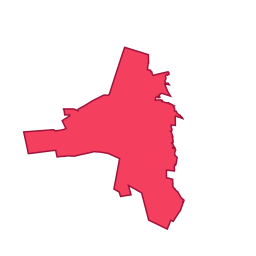 Alexandria, Teleorman, Romania, rotated 31°
{"feature_id": "2599482B3696465031488", "entity_name": "Alexandria", "entity_type": "district", "adm_level": 2, "iso_a3": "ROU", "parent_name": "Romania", "parent_adm1": "Teleorman", "projection": "robinson", "projection_center": [25.389, 43.982], "detail": "fine", "context": "isolated", "style": "filled", "palette": "rose", "viewbox_px": 256, "rotation_deg": 31, "n_neighbors": 0, "source": "geoboundaries", "source_scale": "gbopen_adm2", "svg_char_len": 3263}
<svg xmlns="http://www.w3.org/2000/svg" viewBox="0 0 256 256"><g transform="rotate(31 128 128)"><path d="M40.6,185.1L46.1,190.9L50.0,195.0L55.8,201.3L64.1,194.8L73.2,187.6L75.3,186.0L77.1,184.7L77.5,184.4L82.1,189.3L85.3,186.9L89.5,183.9L91.1,182.6L92.8,181.8L96.6,179.7L101.9,174.5L107.1,169.7L111.2,165.6L112.9,164.9L116.2,163.1L123.5,160.2L125.7,159.8L130.7,159.2L136.6,158.5L137.2,160.2L147.4,187.6L153.4,187.4L156.9,190.5L165.0,183.7L158.0,177.0L171.8,176.6L173.1,176.6L193.2,196.3L213.7,194.4L213.7,194.2L213.7,193.8L213.3,192.2L213.2,191.3L213.0,189.7L212.7,188.2L212.4,186.4L212.2,185.1L214.8,184.8L214.9,182.7L214.9,180.5L215.0,178.2L215.2,173.9L215.4,171.7L215.3,171.1L215.0,169.9L214.8,169.2L214.6,168.0L214.1,165.5L213.9,164.5L213.7,163.4L213.7,163.0L213.6,162.9L213.4,163.0L213.1,163.1L212.9,163.1L212.8,162.9L213.2,162.8L213.4,162.6L213.6,162.5L213.4,161.9L213.3,161.2L213.2,161.1L213.0,160.9L212.8,160.9L212.5,160.8L212.1,160.8L211.5,160.7L210.0,160.5L209.6,160.4L209.4,160.3L208.5,159.8L207.6,159.4L207.1,159.1L206.6,158.8L206.3,158.7L204.6,157.7L204.4,157.6L204.1,157.5L204.0,157.4L203.9,157.2L203.2,157.1L202.0,156.8L201.0,156.7L199.9,156.5L199.9,156.1L198.1,155.7L196.7,155.3L194.8,152.0L193.4,150.3L192.8,149.0L190.8,149.5L188.8,150.0L186.7,150.9L182.7,144.4L185.4,143.0L187.6,142.0L189.9,141.0L189.7,140.5L189.4,140.0L189.3,139.5L189.0,139.2L188.6,139.1L188.4,138.6L187.4,136.8L187.4,136.3L187.7,135.6L186.4,135.3L187.7,135.0L187.8,134.4L187.7,134.1L186.7,131.3L186.2,130.2L185.9,129.6L185.3,127.9L183.4,127.5L182.5,127.2L181.7,126.6L181.1,125.8L180.7,124.8L180.2,123.1L180.3,122.8L180.0,122.1L179.1,121.5L176.6,122.1L176.4,121.8L177.9,120.6L176.8,120.2L175.8,119.5L174.6,118.9L173.9,118.3L172.6,118.5L174.2,117.3L173.1,115.6L172.4,115.0L171.2,113.0L170.8,113.2L170.7,113.0L171.0,112.8L170.9,112.3L170.5,111.9L166.6,108.8L166.1,109.0L166.0,108.7L167.0,108.2L166.9,107.9L166.4,106.4L165.4,105.9L163.4,103.2L167.3,101.4L164.9,97.5L163.0,94.5L162.5,93.4L166.1,92.5L167.6,92.1L170.1,91.7L169.4,91.2L167.3,90.8L166.3,90.3L165.9,90.2L165.0,90.6L162.4,89.9L162.2,89.8L160.7,88.8L159.9,89.0L159.5,89.5L158.9,89.4L158.5,88.8L158.3,87.7L157.9,87.3L157.6,86.9L156.6,86.7L156.3,86.6L156.1,86.4L155.9,85.8L156.3,85.2L151.7,85.4L151.4,86.0L151.1,86.0L150.4,85.5L149.4,85.5L148.5,86.5L146.7,87.0L143.2,87.9L143.2,86.7L141.8,86.9L137.0,90.0L136.2,87.6L136.4,86.3L136.6,85.9L138.2,86.6L139.6,85.4L138.6,84.5L137.9,84.9L137.8,83.3L138.0,83.2L138.8,80.9L148.0,78.8L143.0,76.1L136.8,71.4L141.1,69.7L139.4,68.9L138.9,69.1L138.8,69.6L138.1,69.9L137.2,70.0L136.6,69.4L135.9,69.2L135.2,68.3L135.3,67.3L134.8,65.5L133.4,64.4L133.2,63.6L133.9,62.1L134.7,62.3L135.5,60.8L134.5,59.6L133.4,59.2L129.2,63.2L124.6,67.7L124.2,68.1L122.8,69.7L122.0,69.9L120.1,68.4L119.4,67.6L118.4,67.9L117.7,66.9L114.6,68.0L112.9,64.2L111.9,62.2L112.1,62.0L112.2,61.7L111.9,61.2L110.1,58.5L107.8,54.7L85.0,60.2L83.6,60.6L85.3,68.4L88.0,80.2L90.1,89.4L94.7,109.1L93.6,110.6L91.7,111.4L90.5,112.2L90.0,112.7L83.5,123.0L79.2,131.4L76.1,136.6L75.6,137.9L76.2,139.0L71.6,139.7L62.9,144.9L63.3,145.3L63.6,145.0L67.0,149.4L71.2,146.8L71.8,147.6L67.8,155.6L75.0,160.4L74.1,161.9L71.4,164.5L67.0,168.1L65.7,167.7L64.4,168.3L40.6,185.1Z" fill="#f43f5e" stroke="#9f1239" stroke-width="1.5"/></g></svg>